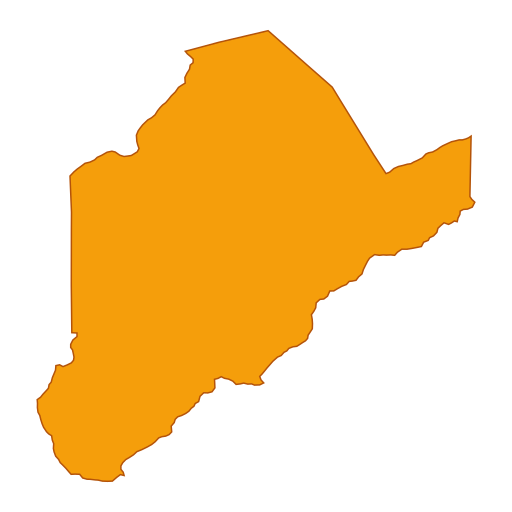 São Fidélis, Rio de Janeiro, Brazil
{"feature_id": "56859067B2768283768004", "entity_name": "São Fidélis", "entity_type": "district", "adm_level": 2, "iso_a3": "BRA", "parent_name": "Brazil", "parent_adm1": "Rio de Janeiro", "projection": "mercator", "projection_center": [-41.783, -21.671], "detail": "fine", "context": "isolated", "style": "filled", "palette": "amber", "viewbox_px": 512, "rotation_deg": 0, "n_neighbors": 0, "source": "geoboundaries", "source_scale": "gbopen_adm2", "svg_char_len": 3240}
<svg xmlns="http://www.w3.org/2000/svg" viewBox="0 0 512 512"><path d="M70.0,176.0L71.5,212.3L71.4,228.3L71.3,285.4L71.8,332.7L77.0,333.0L77.0,336.6L72.9,340.0L70.7,344.3L70.7,347.5L72.5,349.9L73.2,353.0L74.0,357.1L73.5,360.3L71.3,362.9L67.0,365.0L63.0,366.6L59.6,364.8L55.9,365.6L55.5,370.2L54.0,373.8L52.4,377.6L51.2,382.2L49.1,384.6L48.4,388.3L45.6,391.4L42.9,394.3L40.6,397.2L37.2,399.6L37.5,403.4L37.4,407.6L38.0,412.2L39.8,415.5L40.8,419.6L42.1,423.7L43.6,427.3L46.5,431.7L48.7,433.9L51.6,435.7L52.3,440.1L53.7,443.7L53.4,448.5L54.1,451.9L55.7,456.2L58.6,459.4L60.2,462.6L62.6,464.9L65.9,468.3L68.7,471.6L71.1,474.3L75.1,474.1L79.7,474.3L82.7,478.0L87.0,479.2L90.3,479.3L95.2,479.9L98.2,480.1L102.4,481.1L107.6,481.3L112.4,481.1L116.9,477.2L120.4,474.6L124.1,475.5L123.2,472.2L120.9,469.3L120.9,465.9L122.8,462.6L125.7,459.6L129.5,457.4L133.5,454.8L136.8,451.7L141.9,449.6L147.4,446.9L151.8,444.4L155.2,441.7L158.7,437.9L161.8,436.7L165.7,436.1L169.1,434.6L171.7,431.9L171.2,426.1L174.2,422.6L175.2,419.3L177.7,416.8L181.6,415.5L185.8,413.4L188.9,411.2L191.2,408.3L193.9,406.3L195.2,403.5L198.6,401.6L200.0,396.3L203.7,392.8L207.8,392.9L212.0,391.8L214.9,387.9L214.7,383.0L214.5,379.3L218.0,378.4L221.2,376.7L224.5,378.3L228.6,379.1L232.8,381.1L236.1,384.4L240.3,383.9L243.7,383.1L247.8,384.1L251.6,383.9L254.5,385.1L259.7,384.9L263.7,382.9L261.0,379.9L259.7,376.4L261.9,374.2L264.8,370.7L267.2,367.7L269.6,365.0L272.8,361.3L277.5,357.1L281.2,355.5L284.0,352.3L286.8,350.9L288.8,348.4L292.9,346.8L296.8,346.3L299.7,344.5L302.7,342.5L305.5,340.8L307.6,338.4L308.1,335.2L309.9,332.5L312.3,328.8L312.5,323.7L312.2,319.3L311.4,314.7L313.8,311.3L315.7,307.8L316.2,302.8L319.9,299.4L323.8,299.0L327.5,296.2L329.8,291.0L333.8,290.9L337.6,288.6L341.8,286.3L346.4,284.5L349.2,281.4L352.1,281.1L356.0,280.3L358.6,276.8L362.0,273.9L363.4,269.5L365.5,265.2L367.6,261.1L369.6,258.1L374.6,254.6L379.3,255.3L383.1,254.9L386.6,255.1L390.8,254.9L394.7,255.3L397.4,252.2L401.8,249.2L407.0,249.2L412.0,248.4L417.7,247.3L421.4,246.5L423.6,242.2L428.2,240.4L429.6,237.7L433.5,235.9L436.9,232.3L437.9,228.3L440.8,225.5L444.0,222.8L448.6,224.4L451.5,222.9L454.3,221.0L457.2,221.7L458.0,218.1L459.9,214.4L460.2,211.1L463.4,209.4L467.5,209.1L472.3,207.1L474.8,202.2L471.8,199.4L469.9,196.6L471.1,136.1L468.6,137.8L465.7,139.0L462.3,139.9L459.1,139.9L455.6,140.8L451.6,141.7L447.4,143.6L442.7,145.8L439.9,147.5L436.9,149.7L432.6,152.0L428.6,152.8L425.9,154.0L422.3,157.9L417.0,160.6L413.6,162.1L410.9,163.7L407.3,164.2L403.1,165.4L398.4,166.5L393.9,168.5L389.6,172.2L386.0,173.6L373.6,154.6L340.6,100.9L332.2,87.1L310.2,67.8L268.1,30.7L218.8,42.3L185.3,51.3L187.4,53.9L190.4,56.4L193.2,59.1L193.1,62.7L190.2,65.1L189.5,69.2L186.9,73.3L184.9,77.5L185.2,83.1L181.6,85.3L178.5,87.4L175.3,92.0L171.4,95.8L168.6,99.3L165.7,102.7L162.6,105.0L160.1,107.6L157.7,110.6L155.0,114.9L151.5,117.8L147.8,119.9L145.2,122.4L142.7,124.8L140.2,128.0L138.2,130.8L136.4,135.2L136.8,141.3L137.7,144.8L139.0,148.5L137.3,151.8L134.6,153.5L131.3,155.5L127.3,156.1L124.0,156.5L119.8,155.2L115.2,152.0L111.9,151.2L107.1,152.2L101.5,155.4L97.3,157.3L94.6,159.9L90.0,162.1L85.0,163.3L80.8,166.5L77.3,169.0L74.1,171.7L70.0,176.0Z" fill="#f59e0b" stroke="#b45309" stroke-width="1.5"/></svg>